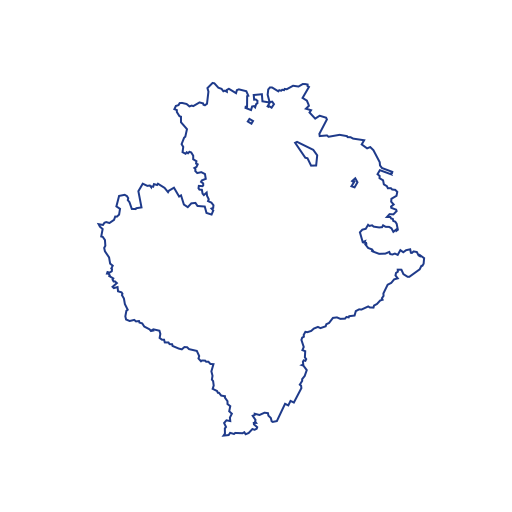 the district of Central Highlands (Qld), Queensland, Australia, rotated 293°
{"feature_id": "25037944B88333903625107", "entity_name": "Central Highlands (Qld)", "entity_type": "district", "adm_level": 2, "iso_a3": "AUS", "parent_name": "Australia", "parent_adm1": "Queensland", "projection": "albers", "projection_center": [148.529, -24.063], "detail": "fine", "context": "isolated", "style": "outline", "palette": "blue", "viewbox_px": 512, "rotation_deg": 293, "n_neighbors": 0, "source": "geoboundaries", "source_scale": "gbopen_adm2", "svg_char_len": 6149}
<svg xmlns="http://www.w3.org/2000/svg" viewBox="0 0 512 512"><g transform="rotate(293 256 256)"><path d="M427.2,223.6L421.5,219.1L421.0,217.1L419.6,217.0L419.3,215.2L418.0,214.6L417.7,212.6L416.3,212.2L417.4,205.0L416.6,203.0L414.1,202.2L409.0,203.7L403.7,207.8L402.4,207.6L400.9,201.5L407.2,198.2L403.3,191.0L399.2,193.2L400.0,194.6L399.4,196.7L397.1,197.6L395.9,196.8L392.5,197.1L393.2,195.6L392.1,194.0L388.4,194.4L388.2,188.5L389.4,188.2L390.0,189.4L399.7,185.4L400.5,186.3L403.9,182.7L402.7,175.1L401.2,173.6L398.1,174.0L399.3,165.7L397.4,164.2L395.8,165.0L396.0,162.7L394.9,161.6L396.4,159.0L396.2,155.6L398.7,150.2L398.3,148.4L391.6,145.7L388.7,148.0L377.0,151.4L374.8,150.1L374.7,148.6L375.8,147.7L375.3,144.0L369.5,139.7L369.3,138.0L367.7,136.3L368.8,132.7L368.0,128.1L366.9,126.0L364.6,125.7L362.8,123.6L359.3,123.5L359.4,126.1L357.6,126.9L354.8,130.9L354.9,132.5L349.8,134.7L345.8,142.9L338.2,144.3L336.8,143.6L329.9,143.8L328.0,146.4L322.9,147.8L322.6,151.2L324.4,151.7L324.0,153.3L325.9,154.0L326.0,155.9L323.8,159.0L320.5,160.4L320.0,164.1L317.7,164.7L317.6,166.5L314.8,166.4L312.9,164.9L312.3,166.3L310.5,166.9L309.4,169.5L311.8,172.9L311.5,177.0L307.4,179.6L304.4,176.6L302.8,176.4L302.2,179.0L300.5,179.8L299.4,179.5L298.2,176.0L295.9,176.6L295.0,178.0L295.8,180.3L292.6,182.4L291.7,184.2L295.1,185.8L292.3,187.4L289.8,190.3L287.8,190.4L287.7,194.1L286.1,197.0L283.5,197.8L282.3,196.5L281.2,198.9L276.8,198.9L276.3,193.6L281.5,189.5L279.2,182.6L281.2,179.5L279.2,175.9L274.3,174.1L275.2,169.5L282.5,163.3L280.7,162.0L286.8,153.8L282.1,150.3L280.4,150.1L283.0,145.2L284.2,137.5L282.7,137.2L282.3,134.0L279.6,134.3L279.2,132.4L278.4,132.6L279.4,130.7L278.1,128.6L278.3,123.5L269.7,122.4L256.0,131.6L253.2,127.1L252.2,126.9L250.8,123.3L256.1,118.5L257.4,116.1L259.3,115.8L260.7,113.8L261.0,111.2L257.8,106.5L247.1,108.1L246.3,112.4L240.6,113.8L237.9,112.6L237.3,111.0L233.8,111.2L229.1,108.2L228.7,104.9L227.4,103.5L224.8,103.0L223.8,98.7L222.0,100.9L220.9,104.3L213.5,105.9L213.7,107.5L211.7,110.7L206.6,113.3L204.1,113.1L201.3,115.1L197.3,121.3L192.0,124.7L191.1,127.9L188.0,127.7L187.7,128.6L185.6,129.2L183.5,127.7L183.2,125.6L181.6,125.7L182.1,127.1L181.1,128.9L180.2,128.8L179.6,133.4L178.2,133.2L176.9,134.9L177.5,136.1L176.7,138.5L171.6,136.0L170.9,137.7L173.3,140.7L169.6,142.8L170.0,146.4L169.1,147.8L167.6,147.9L165.3,151.0L160.5,154.1L156.4,158.9L154.9,158.1L149.4,159.3L146.8,161.2L146.8,165.1L149.6,168.9L148.9,171.1L150.4,173.7L149.2,174.7L149.5,177.6L147.4,180.7L146.9,186.7L145.9,188.6L147.0,190.2L147.4,189.4L148.4,190.2L149.5,196.3L146.9,198.4L142.9,199.3L142.2,202.1L143.0,204.1L140.8,205.8L142.2,209.2L141.1,210.9L142.0,213.3L140.6,214.3L140.6,221.1L141.1,224.2L144.2,225.7L145.1,228.3L144.1,230.7L145.5,238.6L141.7,242.8L139.2,243.1L137.6,246.5L138.7,247.1L139.8,250.0L139.2,251.4L140.1,253.5L138.8,256.2L139.8,259.1L132.4,260.0L128.7,262.8L125.0,263.7L124.1,265.4L120.2,267.7L116.8,268.0L116.5,272.9L115.2,274.3L115.6,275.4L113.9,278.5L114.8,282.2L113.5,282.7L111.2,286.5L108.6,287.6L107.7,291.0L102.6,292.0L101.4,295.4L97.1,295.1L94.0,296.8L93.2,293.0L89.8,291.9L86.9,295.2L85.1,294.7L80.4,296.8L78.0,296.3L80.5,300.8L83.1,301.3L83.6,305.3L85.0,306.0L87.6,312.9L89.2,314.1L87.9,316.1L90.2,318.4L95.3,320.3L95.5,322.6L97.3,324.1L98.9,324.0L100.2,319.9L101.5,319.2L102.4,321.3L103.4,319.8L104.9,319.6L107.6,315.4L109.4,317.0L110.3,316.5L111.0,321.3L115.1,325.1L116.0,328.4L113.9,329.8L112.7,332.9L110.0,335.0L109.8,336.2L112.2,339.7L131.3,340.5L131.1,344.1L136.1,344.4L135.9,348.1L152.1,349.4L154.2,348.2L154.7,346.6L159.1,347.3L160.7,346.6L164.6,347.7L170.8,347.3L173.6,342.5L173.5,340.9L174.6,341.9L177.0,340.5L178.6,340.7L178.8,342.4L180.7,342.5L181.8,340.6L187.6,338.5L187.5,335.5L190.9,335.5L196.5,330.6L198.9,330.4L200.4,331.6L202.1,330.7L205.5,331.1L205.9,333.0L208.6,336.1L211.8,337.6L214.9,340.7L214.8,343.5L218.5,347.6L220.7,347.4L222.9,349.4L229.1,351.0L231.1,354.5L231.1,358.2L233.1,362.4L235.2,363.1L235.7,365.3L237.0,365.3L239.7,370.0L244.3,369.4L247.2,371.8L247.9,374.0L253.4,379.0L253.1,380.9L254.4,384.3L256.5,384.0L259.1,386.1L263.6,387.7L265.2,389.6L266.3,388.4L269.1,389.0L271.3,387.9L281.0,388.4L284.1,391.0L288.5,392.3L290.8,395.2L292.6,392.0L295.1,391.5L297.0,392.7L298.8,391.8L300.2,395.2L296.9,398.8L296.1,403.7L296.8,405.3L307.7,411.9L311.6,412.1L312.0,413.0L314.4,413.3L319.7,411.6L320.8,406.7L319.9,406.9L320.1,405.4L322.5,402.5L321.8,399.3L319.7,398.3L319.5,397.3L322.4,395.3L320.0,391.9L317.0,390.1L317.8,386.6L312.4,386.0L312.5,382.9L310.7,381.0L310.2,378.8L311.8,377.1L308.7,374.1L306.1,368.5L305.8,361.8L306.1,359.9L306.3,362.0L307.4,360.2L307.2,356.1L309.3,352.3L310.2,352.9L311.1,352.2L310.6,350.6L312.2,350.5L310.5,348.8L318.4,342.4L321.8,343.6L323.9,346.4L328.5,347.0L328.0,348.6L329.6,350.9L329.0,352.8L330.4,358.2L331.8,360.8L333.9,361.0L333.5,363.9L334.8,367.2L334.4,369.9L331.9,373.0L335.3,374.8L334.2,375.5L335.6,376.3L340.6,372.9L342.0,370.8L341.9,368.7L343.6,367.4L343.3,365.8L344.4,364.4L343.1,361.3L346.7,362.6L348.0,366.2L352.3,367.9L353.4,366.9L353.2,361.7L354.3,361.0L357.2,362.6L358.8,359.2L361.6,358.3L366.3,361.8L370.2,361.0L371.3,358.3L370.4,355.4L371.1,353.7L369.9,350.9L371.4,349.2L371.9,345.7L375.3,343.4L375.9,339.3L378.0,338.5L378.8,335.9L383.4,336.5L384.0,348.4L384.5,347.8L385.4,348.8L386.7,348.6L386.2,337.6L387.8,334.8L390.7,333.2L399.3,322.7L400.9,318.6L398.5,316.2L400.0,309.7L404.8,310.3L402.0,299.5L402.3,296.6L401.2,293.9L401.9,292.9L400.2,285.6L394.1,276.2L394.7,274.2L391.3,267.8L393.2,266.6L409.4,267.9L410.7,266.5L410.0,259.8L405.6,256.8L409.0,249.2L411.7,249.7L411.1,244.4L414.9,246.0L416.2,244.9L418.9,242.1L419.7,237.1L432.3,238.7L432.6,237.0L434.0,236.5L433.5,234.2L432.6,231.9L428.6,228.9L427.2,223.6ZM375.5,247.8L377.1,249.2L376.1,267.2L372.6,273.0L362.8,276.0L360.7,271.4L366.1,265.2L365.7,263.0L375.5,247.8ZM357.7,319.9L357.5,316.6L363.0,317.5L363.3,316.8L362.2,316.9L362.5,315.2L366.3,317.0L363.5,320.6L357.7,319.9ZM402.8,213.2L398.6,212.4L399.1,209.3L398.2,209.2L398.3,208.2L403.2,208.8L404.4,210.6L402.8,213.2ZM376.0,200.1L376.6,195.9L379.6,196.4L379.1,200.5L376.0,200.1Z" fill="none" stroke="#1e3a8a" stroke-width="2"/></g></svg>